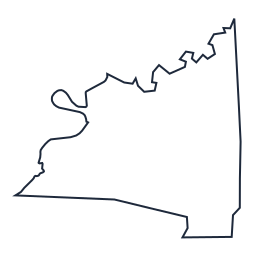 Claiborne, Mississippi, United States of America (orthographic projection)
{"feature_id": "52423323B39960691316428", "entity_name": "Claiborne", "entity_type": "district", "adm_level": 2, "iso_a3": "USA", "parent_name": "United States of America", "parent_adm1": "Mississippi", "projection": "orthographic", "projection_center": [-91.036, 32.005], "detail": "fine", "context": "isolated", "style": "outline", "palette": "slate", "viewbox_px": 256, "rotation_deg": 0, "n_neighbors": 0, "source": "geoboundaries", "source_scale": "gbopen_adm2", "svg_char_len": 1344}
<svg xmlns="http://www.w3.org/2000/svg" viewBox="0 0 256 256"><path d="M15.4,195.4L114.4,199.5L153.5,209.0L186.9,217.0L187.6,228.1L182.5,237.4L231.7,236.9L233.0,215.1L239.8,207.8L239.9,178.2L240.6,141.7L238.9,106.5L234.3,18.6L230.2,28.3L223.5,28.0L225.2,32.6L213.9,34.3L208.5,43.7L212.4,45.1L214.9,54.0L207.6,58.8L202.9,54.8L196.3,62.4L191.9,58.6L193.3,52.9L185.9,51.6L179.9,59.3L185.9,61.7L184.9,66.9L169.6,73.7L159.0,65.1L153.1,72.1L152.0,82.2L156.4,82.9L154.7,90.6L144.2,91.8L138.0,85.8L135.7,78.4L132.6,83.7L124.2,82.5L107.2,73.9L107.3,77.0L105.5,80.5L103.9,81.9L92.0,88.3L86.4,91.4L85.8,92.1L85.7,93.1L86.8,105.7L86.3,106.7L85.4,107.1L78.5,106.7L76.4,105.7L72.0,101.8L67.8,95.0L65.9,92.7L63.3,90.8L61.4,90.1L59.0,90.3L57.4,90.9L54.5,93.1L52.6,95.7L52.0,97.0L51.9,98.2L51.9,99.7L52.1,101.0L53.1,102.9L54.2,104.5L56.3,106.2L59.0,107.6L67.4,109.4L79.9,112.1L83.0,113.6L84.6,115.1L85.3,116.5L86.1,119.1L86.4,121.6L88.1,122.4L82.1,130.7L79.6,133.3L76.2,135.5L70.6,137.2L50.8,139.4L48.3,141.1L45.3,144.0L42.2,147.8L40.7,150.1L40.4,151.9L40.5,154.0L40.2,157.4L38.6,162.7L38.7,163.0L39.5,163.4L42.2,163.0L42.6,163.9L42.1,168.6L43.7,170.5L43.9,171.5L42.8,172.4L40.3,173.3L39.6,174.0L38.8,175.4L38.3,175.7L36.8,176.1L35.3,175.9L34.5,176.5L33.6,178.4L32.0,180.2L24.3,187.8L21.0,191.9L15.4,195.4Z" fill="none" stroke="#1e293b" stroke-width="2"/></svg>